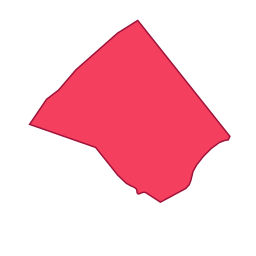 outline of Al Qahirah, rotated 234°
{"feature_id": "EGY-1533", "entity_name": "Al Qahirah", "entity_type": "Governorate", "adm_level": 1, "iso_a3": "EGY", "parent_name": "Egypt", "parent_adm1": "", "projection": "orthographic", "projection_center": [31.424, 30.049], "detail": "fine", "context": "isolated", "style": "filled", "palette": "rose", "viewbox_px": 256, "rotation_deg": 234, "n_neighbors": 0, "source": "natural_earth", "source_scale": "10m", "svg_char_len": 590}
<svg xmlns="http://www.w3.org/2000/svg" viewBox="0 0 256 256"><g transform="rotate(234 128 128)"><path d="M199.1,79.0L199.5,94.2L205.7,120.2L210.9,175.2L209.3,199.1L61.3,205.5L59.5,202.1L61.1,198.9L62.6,193.3L62.5,183.2L60.7,172.0L57.8,161.9L54.6,155.0L48.7,148.1L46.1,144.1L45.1,139.2L49.0,110.6L64.8,104.6L65.6,104.1L66.2,103.6L66.8,102.9L67.2,102.0L67.6,100.9L68.1,98.7L68.4,97.9L68.8,97.5L69.5,97.3L70.4,97.4L71.8,98.2L72.7,98.7L73.8,98.9L75.2,98.6L77.9,97.4L79.3,96.4L84.4,94.1L95.8,92.0L131.3,90.4L188.8,50.5L199.1,79.0Z" fill="#f43f5e" stroke="#9f1239" stroke-width="1.5"/></g></svg>